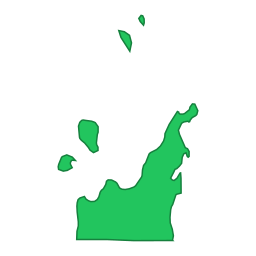 outline of Leelanau, Michigan, United States of America
{"feature_id": "52423323B5500794586231", "entity_name": "Leelanau", "entity_type": "district", "adm_level": 2, "iso_a3": "USA", "parent_name": "United States of America", "parent_adm1": "Michigan", "projection": "mercator", "projection_center": [-85.819, 45.133], "detail": "fine", "context": "isolated", "style": "filled", "palette": "green", "viewbox_px": 256, "rotation_deg": 0, "n_neighbors": 0, "source": "geoboundaries", "source_scale": "gbopen_adm2", "svg_char_len": 2009}
<svg xmlns="http://www.w3.org/2000/svg" viewBox="0 0 256 256"><path d="M133.9,240.6L172.7,240.5L172.5,240.3L173.4,235.8L172.3,229.3L170.2,222.8L170.0,217.3L170.7,209.6L171.5,206.5L172.7,204.5L175.9,194.8L176.8,194.2L181.1,193.1L181.0,178.2L180.6,172.9L180.1,173.0L177.0,178.2L174.1,180.5L172.4,180.1L170.6,178.2L173.7,172.2L175.0,169.3L176.7,168.7L179.5,166.0L181.6,163.3L182.2,157.4L183.8,153.8L186.0,152.8L187.3,156.5L188.2,157.2L189.1,156.4L189.1,151.5L187.5,148.7L185.3,147.7L179.5,134.5L178.4,130.1L181.6,123.3L183.7,122.0L187.4,121.3L188.2,121.4L188.6,121.9L189.0,121.9L189.4,121.8L189.6,121.7L189.7,121.3L190.0,120.8L190.1,120.2L192.2,117.6L195.6,115.7L196.8,114.5L197.8,110.7L194.8,104.1L192.4,103.9L190.0,107.1L189.4,109.7L184.7,113.5L183.1,114.1L180.0,114.1L179.0,113.3L178.7,112.1L177.4,111.5L169.2,124.4L165.0,133.6L164.8,137.0L163.6,141.0L160.4,146.1L156.7,149.5L150.4,152.7L149.1,154.0L145.7,162.8L143.6,165.4L142.5,169.9L142.1,175.4L141.6,177.0L135.6,185.8L133.8,187.1L129.2,188.8L125.2,189.5L121.8,189.2L119.5,187.9L117.0,183.3L115.6,182.0L111.6,180.0L108.1,179.9L106.5,181.2L105.8,184.4L103.4,188.7L101.4,190.3L100.2,192.2L98.9,196.8L97.3,199.5L94.6,201.4L90.8,201.6L88.2,200.6L86.0,199.1L84.4,196.5L79.9,198.0L78.1,199.6L77.2,202.7L76.9,206.2L77.2,212.2L78.3,221.8L78.3,226.0L77.0,231.2L76.7,239.5L106.9,239.5L133.9,240.6ZM78.5,126.1L79.5,137.3L79.9,138.5L81.3,140.2L84.7,143.0L88.5,147.6L90.0,150.1L93.5,152.6L98.0,150.5L98.0,147.2L96.7,144.8L96.4,142.8L97.3,134.6L98.1,132.2L98.1,126.7L95.3,122.7L94.4,122.2L91.6,121.2L85.6,120.4L83.1,120.0L81.7,120.4L79.8,122.3L78.5,126.1ZM58.2,166.8L58.6,169.4L63.3,171.1L67.3,170.4L72.2,167.7L70.5,164.4L70.3,163.0L70.7,161.9L71.4,160.7L72.2,160.2L75.4,160.5L72.3,157.1L66.8,154.9L62.3,156.6L61.5,157.5L58.7,164.4L58.2,166.8ZM118.8,30.6L121.0,37.5L129.8,51.2L131.5,42.9L129.5,35.3L124.3,31.7L118.8,30.6ZM138.8,18.4L140.2,21.5L143.5,25.2L144.2,22.9L144.1,18.9L142.7,15.8L141.1,15.4L138.8,18.4Z" fill="#22c55e" stroke="#15803d" stroke-width="1.5"/></svg>